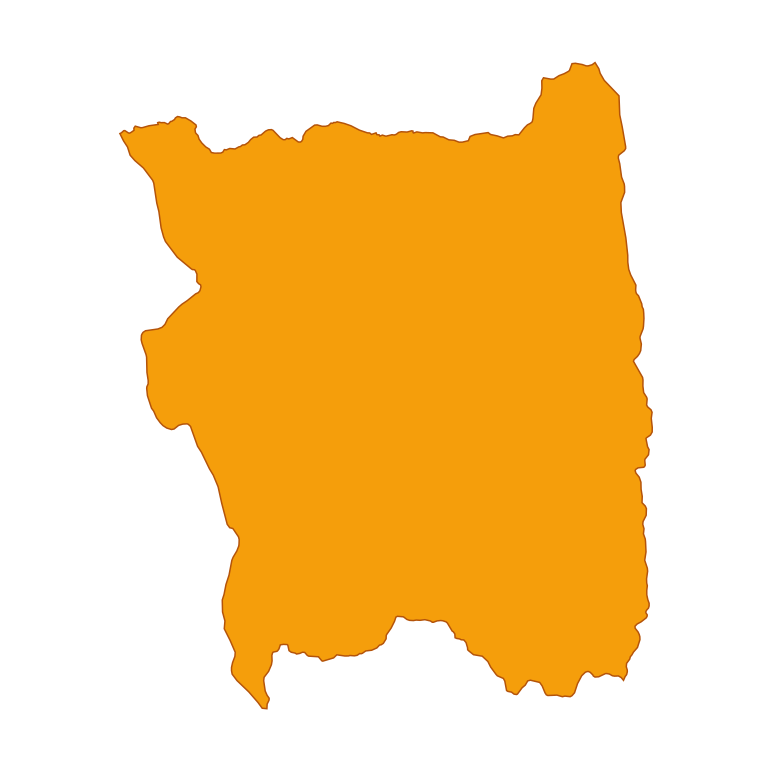 Liborina, Antioquia, Colombia (Natural Earth projection), rotated 2°
{"feature_id": "7082276B40306940233950", "entity_name": "Liborina", "entity_type": "district", "adm_level": 2, "iso_a3": "COL", "parent_name": "Colombia", "parent_adm1": "Antioquia", "projection": "natural_earth1", "projection_center": [-75.777, 6.724], "detail": "fine", "context": "isolated", "style": "filled", "palette": "amber", "viewbox_px": 768, "rotation_deg": 2, "n_neighbors": 0, "source": "geoboundaries", "source_scale": "gbopen_adm2", "svg_char_len": 6135}
<svg xmlns="http://www.w3.org/2000/svg" viewBox="0 0 768 768"><g transform="rotate(2 384 384)"><path d="M242.8,555.9L239.3,562.3L238.1,565.5L235.8,580.4L233.1,589.8L231.5,599.8L229.9,605.5L230.6,617.5L233.3,626.4L232.9,634.2L239.2,645.7L244.7,657.3L244.5,661.5L242.4,667.7L241.5,672.6L241.6,675.8L242.4,679.3L247.4,685.5L259.6,696.4L269.2,706.7L273.6,712.3L278.3,712.6L278.4,707.9L280.1,704.1L280.2,702.7L280.1,701.9L278.1,699.3L276.0,695.0L274.1,684.7L274.4,681.3L278.7,675.2L281.3,668.4L281.8,664.6L281.4,659.1L282.0,656.7L282.6,655.8L286.3,654.9L287.0,654.3L288.2,652.6L289.5,648.3L292.6,647.7L296.4,647.8L297.0,648.4L298.4,653.8L300.6,655.3L304.4,656.0L306.1,656.9L309.2,656.2L311.9,654.9L314.1,655.0L316.8,657.9L318.2,658.6L328.0,658.9L331.5,662.8L332.5,663.1L343.2,659.5L346.3,656.3L354.4,657.2L358.1,657.0L359.4,656.5L363.9,656.7L366.6,656.1L369.2,654.2L370.4,654.4L371.8,653.9L375.1,651.4L381.0,650.5L386.1,648.0L388.6,645.1L390.3,644.7L392.4,643.2L395.0,638.6L395.0,635.2L395.5,634.1L399.7,627.6L402.8,620.8L404.0,616.6L405.5,615.7L411.5,616.0L415.1,618.5L417.7,619.3L421.6,619.4L424.4,618.8L428.3,618.9L433.1,618.1L438.7,619.2L440.5,620.4L441.7,620.4L445.3,618.9L448.9,618.4L451.2,618.6L454.4,619.6L455.7,620.7L460.7,628.5L462.0,629.3L463.5,631.3L463.9,635.1L465.7,635.8L468.4,636.1L470.0,636.9L472.7,637.0L475.0,639.5L476.7,644.6L476.9,646.7L478.2,647.9L482.9,651.4L491.7,652.6L497.5,657.7L500.5,663.2L506.1,670.3L507.5,671.7L513.6,674.1L515.1,676.7L517.2,686.1L518.6,686.9L522.2,687.5L524.8,689.4L527.3,689.7L528.2,689.2L532.6,682.8L535.7,680.0L538.0,675.7L540.6,674.9L550.0,676.8L552.6,680.2L555.7,687.0L557.1,689.0L558.6,689.6L567.7,688.9L573.2,690.3L575.7,689.6L581.0,690.0L582.8,688.9L585.2,685.9L587.9,676.6L591.8,668.6L595.3,665.0L597.1,664.3L598.3,664.2L600.1,664.9L602.8,667.4L603.4,668.5L605.1,669.5L608.8,669.1L615.4,665.7L616.8,665.6L619.4,666.0L622.4,667.6L624.5,667.9L628.5,667.6L631.3,669.1L633.7,671.8L635.2,668.0L636.6,666.0L637.2,663.1L637.1,661.4L636.0,658.1L636.2,654.7L639.1,650.5L639.7,648.0L641.1,646.2L642.7,643.2L646.5,638.5L648.7,630.6L648.5,627.6L647.8,625.4L646.6,623.0L643.5,619.3L643.3,617.3L645.4,615.0L649.3,612.7L654.3,608.5L655.1,606.7L655.1,605.5L653.7,603.5L653.6,602.4L654.5,600.6L656.1,598.8L656.7,596.6L656.6,593.8L655.2,590.4L654.0,585.6L653.8,581.2L654.2,576.4L653.5,573.8L653.2,569.6L654.0,561.9L653.6,558.9L650.7,551.1L651.7,542.7L650.9,532.7L650.5,529.8L648.5,524.7L648.9,519.6L647.5,515.2L647.7,512.4L650.6,506.1L650.6,499.4L649.4,496.9L646.0,493.6L646.0,487.3L644.6,480.2L644.2,473.2L642.3,468.2L638.9,464.3L638.0,461.8L638.5,460.6L640.9,458.9L646.2,458.2L647.2,457.6L647.9,456.0L647.3,451.5L647.4,450.1L650.8,445.5L651.2,440.3L649.6,437.5L647.7,429.4L648.2,428.6L652.1,425.7L653.7,422.6L653.6,418.0L652.3,409.0L652.9,402.9L651.7,400.4L648.4,397.8L647.2,395.9L647.5,389.8L647.0,388.2L643.8,383.5L642.8,377.0L642.7,371.0L642.2,368.4L632.5,352.6L633.1,350.8L636.3,347.6L638.2,344.7L639.4,341.6L639.8,335.1L638.2,329.1L638.3,327.5L641.0,319.8L641.3,317.2L641.5,309.5L641.1,304.2L640.6,300.3L639.3,297.8L638.8,294.9L635.3,287.0L633.2,284.9L632.6,283.5L632.2,281.4L632.3,276.4L626.7,266.3L624.6,260.9L623.4,253.7L623.1,246.8L620.6,229.5L615.2,204.3L614.4,194.4L617.8,184.0L617.5,178.2L617.1,175.8L614.2,168.9L611.9,155.6L610.3,150.1L610.3,148.2L610.7,147.0L616.0,142.5L617.3,140.3L617.2,138.3L613.1,118.7L610.2,106.8L608.8,87.8L593.5,72.9L589.2,66.0L587.7,61.4L583.7,55.4L580.8,57.7L576.8,59.0L574.9,59.0L571.0,57.8L564.0,56.8L560.7,57.3L558.4,64.2L557.3,65.2L553.2,67.6L548.2,69.7L543.0,73.3L540.1,73.5L532.7,72.4L531.1,75.4L531.5,82.9L530.9,89.5L526.0,98.0L524.1,103.2L523.6,113.4L523.0,116.7L521.3,118.3L518.3,120.0L515.4,123.1L510.1,130.3L506.4,130.2L503.6,131.5L499.0,132.0L494.8,133.9L488.5,132.1L481.8,130.9L479.3,129.1L466.2,131.5L461.4,133.6L459.8,137.9L453.7,139.6L450.6,139.7L445.7,138.0L440.3,137.7L434.5,135.1L431.6,135.0L424.2,131.3L416.4,131.3L413.9,131.7L408.0,130.9L404.9,132.1L404.3,131.8L404.1,130.2L402.7,130.0L398.3,131.4L392.3,131.3L389.8,132.1L387.6,134.0L385.6,134.8L383.2,134.6L377.3,136.3L373.7,135.3L371.3,136.4L370.5,135.2L368.1,135.0L367.3,133.3L362.8,135.0L360.9,133.6L358.7,133.6L350.7,131.2L342.0,127.1L335.2,125.0L328.0,123.6L326.3,124.4L324.6,124.4L323.5,125.3L321.9,125.1L319.4,127.7L316.6,128.5L313.1,128.6L308.2,127.4L305.6,127.7L297.2,134.2L294.5,139.2L294.3,142.3L293.2,144.3L292.1,145.1L289.9,145.1L283.8,140.9L280.3,142.4L278.3,141.9L276.6,143.3L274.7,143.3L271.6,141.5L264.3,134.4L262.7,133.7L259.6,134.0L256.8,135.4L252.5,139.4L250.3,139.9L248.5,141.6L245.1,141.9L242.3,144.3L240.0,147.3L236.6,149.8L234.1,150.1L232.2,151.7L230.6,152.1L226.9,154.3L221.6,154.0L218.3,155.5L216.3,155.3L214.8,157.9L212.8,158.9L206.7,159.2L203.4,158.7L201.3,155.4L197.6,153.3L193.5,149.5L190.7,145.8L189.4,142.1L187.2,140.0L186.7,138.9L186.2,135.8L187.5,133.5L187.1,131.7L181.9,127.9L176.3,124.9L172.8,125.0L170.5,124.2L168.3,123.9L166.2,125.4L165.4,127.0L162.7,128.9L161.5,129.1L159.8,131.3L158.7,131.8L155.4,130.4L152.3,130.6L150.2,130.2L148.7,130.7L149.3,132.5L140.2,134.1L133.7,136.2L132.1,136.4L126.4,135.0L125.1,137.0L125.3,139.2L122.4,141.4L120.9,142.2L119.8,142.0L116.2,139.8L115.1,139.9L112.7,142.2L111.3,142.9L115.2,150.1L119.4,156.1L122.3,164.2L127.2,169.4L136.0,176.5L145.7,188.5L146.9,191.3L150.6,211.1L153.0,219.5L155.8,235.7L158.6,244.7L160.6,249.2L173.0,264.5L187.3,275.6L188.5,276.3L190.6,276.4L191.5,277.2L193.2,280.7L193.4,288.2L195.2,290.2L197.2,291.3L197.7,293.3L196.8,297.2L195.2,299.2L192.6,300.5L184.0,307.9L179.3,311.3L176.2,314.2L165.6,326.3L163.0,332.1L160.2,335.1L156.1,336.9L143.8,339.1L141.4,340.8L140.5,342.3L139.9,343.7L139.8,348.3L140.8,351.9L145.2,363.0L145.8,365.4L146.7,380.7L148.2,388.7L148.3,392.1L147.1,395.1L147.0,396.7L148.0,404.0L152.5,416.3L154.8,419.2L157.9,425.7L161.8,430.6L164.6,433.3L168.4,435.6L173.2,436.9L175.8,436.3L180.2,432.5L184.3,431.1L188.6,430.7L189.8,431.1L192.1,433.1L199.9,452.8L203.9,458.5L212.5,474.8L216.6,481.1L221.8,492.5L226.0,508.9L232.2,529.7L234.8,533.0L238.0,533.7L243.9,541.8L244.7,544.5L244.7,549.2L244.5,551.0L242.8,555.9Z" fill="#f59e0b" stroke="#b45309" stroke-width="1.5"/></g></svg>